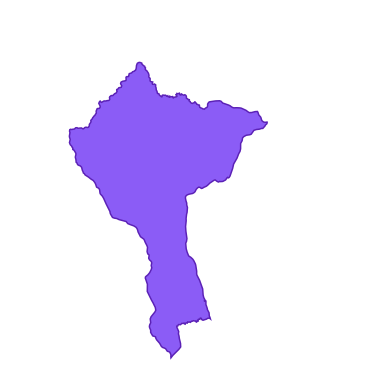 the district of Gramalote, Norte de Santander, Colombia, rotated 154°
{"feature_id": "7082276B79759351892692", "entity_name": "Gramalote", "entity_type": "district", "adm_level": 2, "iso_a3": "COL", "parent_name": "Colombia", "parent_adm1": "Norte de Santander", "projection": "robinson", "projection_center": [-72.809, 7.922], "detail": "fine", "context": "isolated", "style": "filled", "palette": "violet", "viewbox_px": 384, "rotation_deg": 154, "n_neighbors": 0, "source": "geoboundaries", "source_scale": "gbopen_adm2", "svg_char_len": 6048}
<svg xmlns="http://www.w3.org/2000/svg" viewBox="0 0 384 384"><g transform="rotate(154 192 192)"><path d="M100.5,218.1L97.7,219.2L96.4,220.1L95.1,220.4L94.5,220.8L94.1,221.7L93.3,221.9L94.9,222.2L96.5,223.1L97.1,223.7L97.8,225.2L97.9,226.1L97.4,229.0L98.2,232.2L97.8,234.6L97.9,235.7L100.1,236.6L103.6,237.3L105.6,238.2L106.2,238.9L107.7,241.8L110.9,245.7L112.1,246.6L115.0,248.2L117.5,249.3L118.5,250.2L119.4,251.6L119.9,252.7L121.0,254.1L125.4,258.5L126.1,260.8L127.2,261.9L131.1,263.6L136.5,265.3L137.7,265.3L139.4,264.2L140.3,262.4L140.9,261.8L141.6,261.5L143.1,261.5L144.5,261.0L144.8,261.4L145.7,261.8L146.5,263.1L147.3,263.8L147.9,264.8L147.3,266.9L148.0,267.2L148.4,268.1L149.2,268.7L149.3,270.1L149.7,270.8L149.8,271.7L150.1,271.8L151.0,271.2L151.8,271.5L152.7,271.4L153.5,272.0L154.1,273.2L154.0,274.2L154.6,275.0L154.6,275.4L154.0,276.2L155.0,277.0L155.1,277.6L155.9,278.7L155.2,280.3L155.1,281.3L155.6,282.3L155.9,282.6L156.7,282.5L157.2,282.8L158.6,284.8L159.1,284.1L159.7,284.2L160.2,284.7L160.1,286.3L160.6,286.2L161.2,286.6L161.9,286.6L162.4,287.2L163.0,286.6L163.8,286.6L163.9,286.4L163.5,285.6L163.5,284.8L163.8,284.5L164.2,284.4L165.0,284.7L165.9,284.7L166.5,285.1L167.4,284.7L167.8,285.2L167.6,285.8L167.6,286.3L169.4,286.8L169.9,287.8L170.7,287.0L170.9,287.1L171.2,288.0L171.7,288.3L171.6,289.1L172.4,288.9L172.7,289.1L173.0,290.1L173.6,290.8L174.4,291.0L175.3,291.7L176.1,292.0L176.6,291.8L177.1,290.8L177.5,290.8L177.9,291.3L178.8,293.4L178.7,295.0L179.5,295.4L179.8,296.0L179.3,297.9L179.4,299.3L178.6,301.5L178.4,303.2L177.7,304.0L177.7,304.3L178.4,305.5L179.6,305.7L180.2,306.1L180.2,306.9L179.1,308.1L180.6,309.3L180.9,309.8L180.8,310.6L179.9,312.3L179.9,312.9L180.3,313.6L180.3,314.2L180.1,315.0L179.5,315.7L179.1,317.8L179.5,320.9L180.0,321.7L180.2,322.6L180.1,323.1L179.4,323.9L179.7,325.0L179.4,325.7L180.0,326.5L180.9,328.7L180.9,329.2L180.6,329.7L181.3,330.7L182.3,331.5L183.5,331.8L184.8,331.6L186.4,330.1L188.0,327.5L189.4,326.2L190.1,326.2L190.8,325.9L192.7,326.1L194.1,325.5L196.5,325.9L198.4,323.7L199.1,323.8L200.0,324.3L201.0,324.1L202.0,321.8L202.6,321.2L204.0,321.4L205.6,321.9L207.5,321.9L208.6,320.9L208.7,320.1L208.6,318.3L209.6,317.2L210.1,317.2L212.0,317.8L213.7,317.0L214.7,317.1L215.0,316.7L215.3,315.2L217.2,314.1L218.4,314.3L220.9,313.4L222.4,314.1L224.1,313.7L224.7,313.2L225.3,311.4L225.9,310.9L226.8,310.8L228.4,311.4L229.4,311.5L231.2,312.4L234.0,312.2L234.4,312.6L234.6,313.9L235.3,313.9L236.9,312.6L236.9,309.4L237.6,308.3L238.6,307.8L240.1,308.4L240.8,308.4L242.7,306.7L243.3,305.2L243.7,304.6L244.6,304.3L245.8,303.4L247.2,303.1L248.0,302.5L248.7,302.3L249.5,301.5L250.8,301.1L251.7,300.5L251.8,299.7L252.6,298.9L254.6,297.8L255.3,296.5L256.7,295.6L257.5,295.7L258.7,296.6L259.5,296.9L260.3,296.9L261.7,296.4L262.4,296.7L263.4,298.1L266.4,299.2L266.8,299.5L267.1,300.2L268.1,300.6L268.6,300.7L269.8,300.2L270.7,300.3L271.6,300.7L272.6,300.8L273.6,301.6L274.5,301.6L275.4,300.4L275.7,298.8L277.7,296.0L278.1,294.9L278.4,292.7L280.5,290.1L280.7,287.9L280.1,286.1L280.1,284.8L279.9,284.1L280.1,283.1L280.5,282.5L279.7,281.2L279.4,277.8L280.1,276.3L281.2,275.1L281.7,274.2L282.1,272.1L283.1,269.5L282.7,268.7L282.8,266.7L282.0,265.5L280.9,264.4L280.4,262.6L281.1,259.2L281.0,258.2L281.3,256.7L280.7,255.7L280.6,254.2L278.5,250.8L277.2,248.0L275.7,245.6L275.2,243.1L275.2,241.1L275.6,238.3L275.5,238.0L274.5,236.7L274.1,235.8L274.1,234.4L275.2,231.2L275.2,230.3L274.4,227.6L274.2,225.1L274.4,218.7L274.3,210.5L274.8,208.9L274.9,207.7L274.6,204.0L273.3,202.6L271.2,201.1L269.7,199.2L264.1,194.3L263.6,191.8L262.3,190.3L259.2,187.1L257.8,184.9L257.5,183.5L257.5,182.1L258.0,179.6L257.9,174.4L256.0,170.8L255.9,170.0L256.1,166.9L256.0,163.7L256.2,161.8L258.5,158.1L258.9,155.7L258.3,154.7L258.4,153.7L259.9,151.6L260.0,151.1L259.9,149.6L259.1,147.5L259.1,146.6L259.5,145.6L260.9,143.8L261.4,141.5L262.7,140.1L265.5,138.0L267.9,136.9L270.4,136.3L271.1,136.0L271.7,135.1L272.5,128.7L275.8,122.2L275.8,112.6L275.6,109.6L275.6,104.3L276.4,101.6L278.0,100.4L283.5,97.8L285.2,96.2L286.4,92.6L288.3,91.1L289.2,89.9L289.6,88.6L289.7,86.0L290.7,83.9L290.4,79.9L288.3,77.9L288.3,77.5L288.6,76.7L288.6,74.7L287.4,70.2L287.2,66.5L286.5,65.1L285.3,63.9L284.6,63.0L284.3,62.2L284.1,60.1L283.7,59.4L282.5,58.3L282.2,57.7L282.3,54.9L283.2,53.3L283.6,52.2L280.8,53.6L272.9,56.3L270.1,57.7L268.7,60.9L267.7,65.5L266.8,68.3L266.4,70.4L265.1,72.5L264.9,77.1L264.5,78.1L263.5,77.8L262.6,78.6L262.0,78.7L260.8,77.9L260.4,77.8L258.7,78.4L257.6,77.7L256.6,77.7L256.5,76.7L256.1,76.2L255.0,76.9L254.5,76.9L253.7,76.3L253.2,77.0L252.7,77.1L251.9,76.3L250.9,76.2L250.6,75.6L248.9,76.0L248.4,75.7L247.1,75.7L246.4,75.0L245.5,74.6L245.3,73.5L245.0,73.1L244.5,73.2L244.1,73.8L243.7,74.1L243.4,73.9L243.2,73.3L242.9,73.3L242.6,74.5L242.3,74.7L241.7,74.7L240.8,74.1L240.2,74.9L239.7,74.9L239.3,74.7L239.1,74.2L239.1,73.1L238.9,72.5L238.2,71.9L234.7,71.4L233.2,71.6L231.6,71.0L231.1,69.9L230.8,71.6L230.8,73.0L229.6,76.0L229.7,79.7L229.3,80.7L228.8,84.8L227.3,87.9L227.5,88.6L228.3,88.2L228.6,88.4L228.6,88.7L227.7,89.9L227.7,92.1L227.1,94.7L224.9,100.2L223.9,109.2L224.0,115.2L223.7,116.4L222.5,118.8L220.7,124.7L220.5,125.9L220.5,129.7L220.8,131.5L221.7,133.8L222.8,135.6L223.0,136.4L222.7,140.3L222.1,143.5L220.2,148.5L219.6,149.2L218.7,149.9L217.0,152.3L214.7,159.4L212.9,163.8L209.9,168.6L208.8,171.0L206.6,174.4L205.4,175.8L202.9,180.0L202.4,182.7L201.6,184.4L201.3,186.6L200.6,189.3L199.9,190.6L198.7,191.3L197.3,191.5L195.4,191.3L192.1,190.4L190.6,190.5L189.2,190.9L187.1,192.5L185.4,193.2L184.0,193.4L182.9,192.8L182.0,191.1L180.8,190.8L179.6,191.0L176.6,190.9L175.1,191.2L172.0,192.2L166.8,192.9L165.9,192.7L164.9,190.7L164.0,189.5L163.6,189.3L162.4,189.4L161.8,188.8L159.7,188.0L156.6,188.1L153.8,189.6L153.2,188.8L152.3,188.8L150.8,189.7L145.2,195.3L142.3,198.9L136.7,202.7L133.4,205.8L131.0,207.5L129.4,209.5L127.0,214.3L124.5,216.1L122.8,218.5L121.1,219.1L118.3,219.2L114.9,218.1L113.4,218.0L109.3,220.3L106.6,219.9L103.8,218.9L101.5,218.6L100.5,218.1Z" fill="#8b5cf6" stroke="#5b21b6" stroke-width="1.5"/></g></svg>